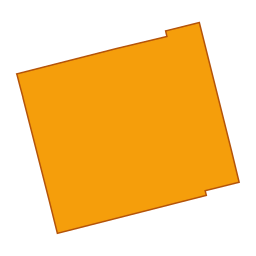 Meade, Kansas, United States of America (Equal Earth projection), rotated 76°
{"feature_id": "52423323B44892759262948", "entity_name": "Meade", "entity_type": "district", "adm_level": 2, "iso_a3": "USA", "parent_name": "United States of America", "parent_adm1": "Kansas", "projection": "equal_earth", "projection_center": [-100.394, 37.238], "detail": "fine", "context": "isolated", "style": "filled", "palette": "amber", "viewbox_px": 256, "rotation_deg": 76, "n_neighbors": 0, "source": "geoboundaries", "source_scale": "gbopen_adm2", "svg_char_len": 403}
<svg xmlns="http://www.w3.org/2000/svg" viewBox="0 0 256 256"><g transform="rotate(76 128 128)"><path d="M42.9,68.0L48.6,68.1L48.1,120.2L48.6,222.9L49.6,222.8L61.2,222.7L61.3,222.7L73.0,222.5L73.3,222.6L179.2,222.0L181.6,222.0L182.0,222.0L183.5,222.0L205.2,222.0L213.1,222.0L212.3,68.3L207.5,68.3L207.5,33.3L174.6,33.1L42.9,33.3L42.9,68.0Z" fill="#f59e0b" stroke="#b45309" stroke-width="1.5"/></g></svg>